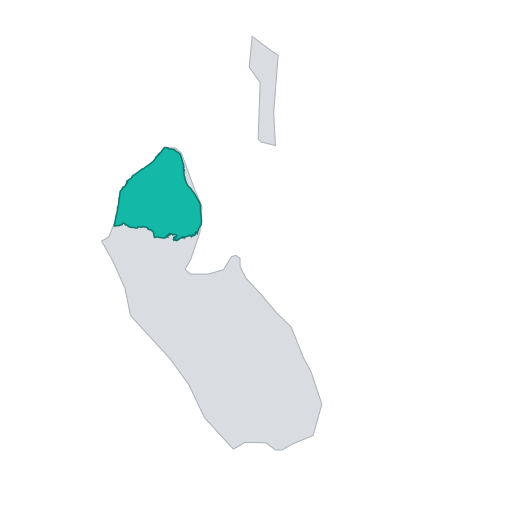 Hebron, West Bank, Palestine shown in context, rotated 143°
{"feature_id": "87354302B80979559279056", "entity_name": "Hebron", "entity_type": "district", "adm_level": 2, "iso_a3": "PSE", "parent_name": "Palestine", "parent_adm1": "West Bank", "projection": "equal_earth", "projection_center": [35.111, 31.507], "detail": "fine", "context": "in_parent", "style": "filled", "palette": "teal", "viewbox_px": 512, "rotation_deg": 143, "n_neighbors": 0, "source": "geoboundaries", "source_scale": "gbopen_adm2", "svg_char_len": 6397}
<svg xmlns="http://www.w3.org/2000/svg" viewBox="0 0 512 512"><g transform="rotate(143 256 256)"><path d="M390.3,115.4L394.5,157.5L387.1,193.6L386.4,225.2L392.1,284.0L380.1,309.0L373.3,338.5L370.3,360.9L361.9,359.9L335.3,376.0L299.8,391.2L260.8,395.2L255.3,390.7L253.7,383.0L265.1,345.5L269.5,327.8L286.4,308.8L310.4,292.4L320.5,288.2L319.4,281.1L305.1,270.3L290.2,264.6L276.0,270.3L271.6,268.5L270.2,263.7L275.1,257.0L277.4,244.4L275.2,223.4L273.7,197.9L270.6,178.1L279.4,146.0L281.6,130.7L292.6,98.0L318.3,78.3L340.5,84.0L352.2,85.5L357.2,89.3L360.4,100.7L376.8,113.7L390.3,115.4ZM174.0,332.5L183.4,344.1L183.7,348.4L148.2,392.2L147.8,410.9L126.9,433.7L120.4,411.1L117.5,403.0L155.8,359.6L174.0,332.5Z" fill="#d9dde1" stroke="#a8b0b8" stroke-width="1"/><path d="M310.0,320.3L310.4,320.3L310.3,319.4L311.1,319.5L311.5,319.2L312.0,319.1L312.1,318.0L311.5,318.1L310.9,317.8L310.2,317.0L310.3,316.9L310.2,316.8L310.7,316.7L310.3,316.1L309.6,316.1L309.2,315.8L308.2,315.7L307.8,315.8L307.7,316.3L307.5,316.2L307.4,316.3L307.3,316.2L307.4,315.8L306.7,315.7L306.3,315.8L306.0,315.7L305.5,315.7L305.3,315.6L305.1,315.7L304.9,315.6L304.6,315.8L304.3,315.8L304.3,315.6L304.2,315.6L303.9,315.0L303.8,315.3L303.6,315.2L303.5,315.3L303.1,315.3L303.1,314.8L302.9,314.8L302.7,314.5L302.5,315.0L302.3,314.9L302.2,314.5L302.1,314.0L301.8,313.8L301.9,313.5L301.3,313.7L301.0,313.7L301.1,314.0L300.1,313.4L299.8,313.4L299.6,313.3L298.8,313.2L298.5,313.0L298.0,312.8L297.5,312.5L297.2,312.4L296.7,312.6L296.8,312.1L296.2,311.7L296.2,311.4L296.2,310.5L296.1,310.2L295.4,310.2L295.4,310.4L295.2,310.6L294.7,310.6L294.4,310.7L294.0,311.4L293.6,310.8L293.5,310.5L293.8,310.5L293.8,310.1L293.7,310.0L293.3,310.1L293.2,309.8L292.8,309.5L292.5,309.5L292.3,309.8L291.9,309.9L291.5,309.7L291.4,310.2L291.1,310.6L291.0,310.4L291.0,310.2L290.5,310.2L290.6,310.5L290.4,311.1L290.2,311.3L289.9,311.5L289.8,311.3L289.7,311.4L289.3,311.2L289.6,310.1L289.3,309.6L289.3,309.4L287.5,310.9L286.8,311.2L286.4,311.6L286.0,311.8L285.9,311.9L285.5,312.3L285.2,312.3L284.8,312.6L282.7,313.5L282.1,313.5L281.9,313.8L281.4,313.9L280.9,314.2L280.5,314.5L279.8,315.4L279.5,315.6L279.4,315.6L279.3,315.9L278.7,316.4L277.2,318.6L275.8,321.1L275.4,321.5L275.2,321.9L275.2,322.4L274.5,323.6L270.7,328.8L269.8,329.9L268.9,333.3L268.8,333.2L268.7,333.6L268.6,335.2L268.4,337.7L268.3,338.2L268.0,338.5L267.9,338.8L268.0,340.1L267.6,341.8L267.7,347.5L267.4,348.4L267.4,348.8L268.2,352.5L268.0,353.2L268.1,353.6L268.1,354.0L267.4,356.8L266.7,359.0L265.9,361.0L265.7,361.2L265.3,362.1L265.2,362.6L265.2,362.8L264.5,364.4L264.3,364.5L263.4,366.0L263.1,366.3L262.9,366.9L262.4,367.1L262.2,367.4L261.5,367.6L261.4,367.8L261.5,368.3L261.9,368.5L260.9,370.0L260.7,370.1L260.5,370.3L260.1,370.3L260.0,370.5L259.9,371.0L259.1,372.4L258.7,373.3L258.3,374.6L257.9,375.8L257.2,377.3L256.7,378.6L255.6,382.0L255.4,383.2L255.5,384.3L255.6,384.8L256.5,386.8L256.7,387.3L256.8,388.0L257.2,389.6L257.3,390.2L257.5,390.4L257.7,390.6L258.2,391.2L259.4,392.5L261.2,394.1L261.4,394.6L261.4,395.5L261.6,395.8L262.8,397.0L263.3,397.3L263.8,397.6L264.3,397.7L266.7,396.9L267.4,396.9L268.3,396.5L268.7,396.2L271.4,396.0L272.3,395.2L272.7,395.5L272.8,395.8L272.9,395.7L273.7,395.6L273.8,395.6L275.4,395.1L275.4,395.3L275.5,395.3L275.8,395.0L276.7,395.2L276.9,395.0L277.1,394.5L279.4,393.8L280.0,393.9L280.5,393.6L281.1,393.5L285.7,393.3L287.1,393.3L288.8,393.5L292.9,393.4L294.5,393.6L294.6,393.9L294.8,394.1L295.3,394.0L295.7,394.0L296.0,393.9L299.5,394.0L302.6,393.9L303.6,394.0L304.6,394.2L306.1,394.3L306.8,394.2L307.8,393.6L308.4,393.4L309.7,393.0L309.9,393.0L310.8,393.5L312.6,393.3L312.9,393.3L313.8,393.6L314.1,393.5L314.2,393.3L314.5,393.2L314.6,392.9L314.7,392.2L314.6,391.8L314.9,391.7L315.1,392.2L315.2,392.3L315.4,392.2L315.5,391.8L315.7,391.5L316.2,391.3L316.8,391.6L317.4,390.8L318.2,390.7L319.6,390.3L319.8,390.6L320.2,391.0L320.3,391.1L320.5,391.1L320.8,390.8L321.0,390.7L321.8,390.8L322.0,390.7L322.0,390.4L322.1,390.1L322.4,389.9L322.6,389.9L323.1,389.9L323.5,389.7L324.7,389.6L325.5,389.3L326.0,389.0L327.2,387.7L329.8,385.1L330.3,384.4L330.5,384.6L330.8,384.5L330.9,384.2L331.1,384.1L331.0,383.7L332.4,382.5L333.6,381.1L335.2,379.6L336.0,378.8L336.8,378.5L337.4,378.1L338.0,377.4L338.7,376.3L339.5,375.7L341.1,374.1L342.4,373.2L344.3,371.7L345.4,370.5L350.2,366.3L351.2,365.3L350.6,364.7L348.6,363.8L347.5,363.1L346.7,362.4L346.0,362.4L344.7,361.9L343.8,361.7L343.0,362.2L342.7,362.3L342.4,362.0L341.9,361.9L341.6,361.5L341.5,361.2L341.4,361.1L341.2,360.6L341.3,360.3L341.3,359.9L341.6,359.8L341.6,359.5L341.1,359.2L341.0,358.9L340.7,359.0L340.6,358.9L340.5,358.5L340.5,357.9L340.2,357.0L340.1,356.5L340.0,356.4L339.8,356.3L339.8,355.8L339.8,355.7L339.5,355.6L339.4,355.0L339.3,354.9L339.0,354.8L338.8,354.5L338.6,354.3L338.3,353.8L337.5,353.2L336.5,352.3L335.2,350.7L334.4,350.0L334.0,349.8L333.7,349.8L333.4,350.1L332.7,350.1L332.6,350.4L332.4,350.2L332.2,350.1L331.9,349.6L331.0,348.9L330.9,348.8L330.9,348.5L330.3,348.2L330.2,347.9L329.9,347.7L329.5,347.8L329.3,347.6L329.0,347.4L328.4,347.5L328.0,346.8L326.4,345.1L325.9,344.4L325.6,343.9L325.5,343.3L325.4,343.0L325.7,342.8L326.1,342.7L326.1,342.3L325.8,342.0L325.6,342.0L325.5,341.5L325.3,341.3L325.0,341.1L324.9,340.7L324.3,340.4L324.3,340.1L324.0,339.9L324.0,339.7L324.1,339.3L324.1,338.9L323.8,338.6L323.7,338.3L323.4,337.5L323.8,336.7L324.2,335.3L324.5,334.9L325.6,332.8L325.9,331.8L324.9,331.3L324.6,331.2L324.4,331.1L323.4,330.9L322.5,329.6L321.9,329.2L321.7,329.0L321.6,328.8L321.7,328.6L320.6,327.7L319.6,326.5L319.2,326.1L318.8,325.9L318.7,325.6L318.2,325.5L317.1,325.0L316.8,325.2L316.3,325.4L316.1,325.3L315.3,324.5L315.4,325.3L315.3,325.6L315.2,325.8L314.9,325.7L315.0,325.5L314.6,325.2L314.4,325.2L314.3,325.3L314.2,325.4L314.2,325.7L313.8,325.6L313.6,325.6L313.3,325.3L313.4,325.1L313.5,325.1L312.9,324.8L312.5,324.9L312.0,324.8L311.9,324.8L312.1,325.2L312.1,325.4L312.1,325.5L312.1,326.0L311.4,326.0L310.7,325.3L310.8,325.2L310.7,325.2L310.1,324.7L309.9,324.0L309.9,323.8L309.7,323.4L309.8,323.1L309.5,323.1L309.3,323.0L309.0,322.6L308.6,322.6L308.4,322.6L308.3,322.4L308.1,322.2L308.0,321.8L307.6,321.8L307.6,321.7L307.4,321.4L307.2,321.1L307.0,320.8L306.9,320.5L307.0,319.7L307.7,319.3L308.3,319.5L308.5,319.7L308.5,319.9L308.6,319.4L308.8,319.3L308.9,320.0L309.4,320.0L309.7,320.1L309.5,319.9L309.8,320.0L310.0,320.3Z" fill="#14b8a6" stroke="#0f766e" stroke-width="1.5"/></g></svg>